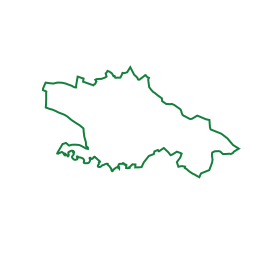 outline of Malam Madori, Jigawa, Nigeria, rotated 49°
{"feature_id": "59680162B52658055469559", "entity_name": "Malam Madori", "entity_type": "district", "adm_level": 2, "iso_a3": "NGA", "parent_name": "Nigeria", "parent_adm1": "Jigawa", "projection": "orthographic", "projection_center": [9.967, 12.523], "detail": "fine", "context": "isolated", "style": "outline", "palette": "green", "viewbox_px": 256, "rotation_deg": 49, "n_neighbors": 0, "source": "geoboundaries", "source_scale": "gbopen_adm2", "svg_char_len": 5714}
<svg xmlns="http://www.w3.org/2000/svg" viewBox="0 0 256 256"><g transform="rotate(49 128 128)"><path d="M83.6,86.4L85.4,92.1L84.0,95.1L82.8,96.0L83.2,96.8L83.8,97.8L84.9,100.5L84.9,100.9L84.8,101.0L81.7,104.6L79.9,104.0L79.4,105.0L76.6,104.3L73.6,104.9L71.5,106.0L72.0,107.4L72.2,109.1L75.1,110.4L74.8,112.5L73.5,115.8L70.8,119.1L70.1,120.9L70.1,121.0L70.9,121.1L71.3,121.3L72.0,121.2L72.3,122.0L72.8,122.7L72.8,123.2L73.2,124.3L73.0,124.7L72.9,124.9L72.9,125.3L73.1,126.1L66.0,130.1L63.6,131.5L61.5,129.1L56.2,132.3L58.1,134.6L62.0,139.4L63.3,140.5L62.7,141.2L61.7,142.0L60.5,142.3L59.2,142.8L53.2,146.1L50.1,148.5L47.4,151.5L45.4,155.3L42.4,158.1L39.7,160.4L42.4,166.1L43.5,167.3L46.9,165.7L48.0,166.9L49.1,167.8L50.4,169.0L51.9,170.2L53.5,171.7L55.8,173.8L58.6,176.6L60.7,175.4L62.8,174.3L64.3,173.1L67.8,171.4L70.2,170.5L76.1,167.4L79.3,166.3L83.8,165.6L85.3,165.3L87.9,164.6L92.0,163.4L94.2,162.7L99.1,161.9L101.9,164.0L106.1,166.8L111.1,169.1L113.9,171.3L114.8,171.3L116.2,171.1L116.8,171.3L117.5,172.0L115.7,173.2L110.1,175.3L108.5,176.2L107.7,177.1L106.1,178.6L103.8,181.4L102.6,184.0L98.6,184.6L97.2,187.9L100.3,197.1L100.8,198.1L101.3,197.8L101.7,197.3L101.6,196.9L101.7,196.5L102.0,195.9L102.2,195.2L102.4,194.4L102.5,194.0L102.7,193.6L103.3,193.5L103.7,193.3L104.2,193.2L105.0,193.5L105.8,193.6L106.8,193.7L107.3,193.5L107.2,193.2L106.8,193.2L106.8,192.9L106.4,192.6L106.2,192.6L106.1,193.1L105.7,193.0L105.7,192.5L106.3,192.2L107.1,192.2L108.3,192.1L109.2,192.0L110.0,191.9L110.0,191.2L109.7,190.8L109.1,190.1L108.6,190.0L108.1,189.7L107.7,189.5L107.3,189.0L107.2,188.5L107.3,187.9L107.6,187.6L107.6,187.2L107.6,186.7L107.8,186.3L108.0,185.7L108.4,185.1L109.0,184.7L109.6,184.3L110.6,184.5L110.4,185.4L110.8,185.6L111.5,185.4L112.0,185.9L112.5,187.0L112.6,188.0L113.0,189.1L113.5,189.5L114.0,189.6L114.4,189.6L114.7,189.6L115.0,189.6L116.0,189.6L116.3,189.5L116.6,189.3L117.4,188.7L117.6,188.3L117.8,187.9L118.0,187.6L118.1,187.3L118.2,187.0L118.2,186.8L118.1,186.6L118.0,186.4L117.8,186.3L117.4,185.9L117.1,185.8L116.8,185.7L116.6,185.7L116.3,185.6L116.1,185.4L116.0,185.2L116.1,184.9L116.6,184.6L116.8,184.6L117.0,184.7L117.4,184.7L117.6,184.6L117.8,184.6L118.0,184.4L118.2,184.1L118.4,183.9L118.5,183.7L119.0,183.3L119.3,183.1L119.6,182.9L119.9,182.8L120.3,182.6L120.7,182.3L121.1,182.2L121.5,182.0L121.9,182.0L122.3,182.0L122.6,182.0L123.0,182.1L123.6,182.3L123.8,182.4L123.9,182.6L124.0,182.8L124.5,183.5L125.0,184.0L125.4,184.1L126.1,183.7L126.5,183.4L126.6,183.2L127.0,182.8L127.4,182.4L127.8,181.9L128.2,181.1L128.5,180.4L128.5,180.1L128.4,179.8L128.3,179.4L128.2,179.2L127.9,178.4L127.7,178.0L127.4,177.7L127.0,177.4L126.8,177.2L126.4,177.1L126.0,177.1L125.7,176.9L125.4,176.6L125.4,176.4L125.6,176.2L125.9,175.9L126.0,175.9L126.3,176.1L126.6,176.0L126.9,176.0L127.3,175.9L127.4,175.7L127.7,175.5L127.9,174.8L127.9,174.5L127.8,174.0L127.7,173.8L127.6,173.5L127.5,173.2L127.5,172.8L127.6,172.6L127.7,172.3L127.8,172.0L128.1,171.9L128.5,172.0L129.1,172.1L129.4,171.9L129.8,171.7L130.2,171.7L130.5,171.7L131.5,171.6L133.7,171.3L134.4,171.2L134.9,171.1L135.1,171.2L135.2,171.5L135.0,171.9L134.9,172.6L135.1,172.9L135.4,173.1L135.7,173.3L136.0,173.5L136.3,173.9L136.3,174.3L136.3,174.6L136.6,175.3L136.9,175.7L137.3,176.0L137.6,175.8L138.2,175.6L138.6,175.3L138.9,174.8L139.2,174.2L139.3,173.5L139.3,172.2L139.4,171.6L139.7,171.0L139.9,170.4L140.1,170.0L140.2,169.3L140.4,168.7L140.6,168.3L140.8,167.9L141.0,167.5L141.2,167.3L141.5,167.0L141.8,166.8L142.0,166.8L142.3,167.1L142.5,167.2L142.9,167.4L143.5,167.3L144.4,167.1L144.8,167.1L145.6,167.2L145.9,167.3L146.4,167.3L146.6,167.3L146.8,167.3L147.1,167.4L147.3,167.4L147.5,167.3L148.0,167.5L148.7,168.0L149.1,168.1L149.5,168.3L149.9,168.3L150.2,168.3L150.3,168.0L150.4,167.6L150.3,167.3L150.1,167.0L149.9,166.3L149.8,166.1L150.0,165.8L150.0,164.8L150.0,163.2L150.1,162.7L150.7,161.9L150.9,161.8L151.2,161.6L151.9,161.5L152.6,161.3L152.8,161.3L152.6,161.1L152.5,160.9L152.4,160.8L151.6,160.4L151.3,160.6L151.0,160.9L150.6,161.2L149.8,159.4L149.4,158.1L151.4,155.7L151.2,155.5L151.1,155.1L151.5,154.8L151.5,154.7L152.0,154.6L152.4,154.6L152.6,154.4L152.8,154.4L152.8,154.2L153.0,154.2L153.5,154.6L153.8,154.3L153.8,154.2L154.1,153.9L154.4,153.6L154.5,153.5L154.7,153.4L155.1,153.7L156.0,154.6L155.9,154.7L156.1,154.8L156.7,155.5L157.0,155.7L158.0,154.8L158.1,154.7L158.9,153.5L158.5,153.0L158.6,152.9L158.9,152.6L158.5,152.4L158.5,151.9L158.5,151.0L158.4,149.3L158.3,148.5L158.6,148.2L158.9,147.9L159.2,147.7L159.4,147.4L159.6,147.3L159.7,147.2L159.8,147.0L159.9,146.9L160.0,146.7L160.4,146.3L162.5,148.4L165.1,145.2L165.7,144.4L165.9,144.2L166.4,143.4L164.3,138.6L162.8,130.6L164.6,125.6L163.0,123.4L164.2,119.9L165.1,120.1L165.7,120.1L165.9,120.0L166.6,114.1L172.8,113.5L176.4,113.7L177.2,111.7L177.9,106.7L180.9,105.0L182.5,104.3L184.6,107.9L185.8,113.5L190.3,115.4L191.7,112.9L192.7,111.8L194.6,110.3L195.4,111.4L197.3,110.7L200.7,110.3L204.8,109.2L207.5,108.0L209.0,107.6L210.4,107.0L211.9,106.5L211.5,105.4L211.0,104.5L210.2,102.8L210.9,100.5L213.1,94.3L209.4,87.4L207.3,84.9L203.8,82.7L201.8,80.6L202.5,77.8L204.8,74.9L206.3,73.8L209.8,73.5L211.5,71.6L214.0,68.3L215.1,67.4L215.7,65.4L215.3,63.7L215.9,60.2L216.3,57.9L209.7,59.9L201.0,59.8L193.6,61.3L183.2,66.6L181.1,65.6L175.4,61.3L172.6,63.4L164.1,67.6L163.0,73.7L161.9,75.3L154.2,78.3L151.1,77.3L150.2,76.7L148.3,76.2L141.3,77.9L138.6,79.1L137.9,80.3L134.9,83.4L130.2,84.6L127.8,83.0L123.2,84.1L119.6,84.7L116.9,85.4L113.6,85.4L111.0,85.2L110.1,84.5L108.3,83.4L104.7,81.0L103.9,79.3L103.3,79.6L102.6,79.9L101.2,80.2L100.4,79.9L99.4,80.3L99.3,83.7L99.1,86.6L99.0,87.7L98.3,88.5L97.5,88.5L96.3,88.0L94.1,88.1L91.9,88.4L83.6,86.4Z" fill="none" stroke="#15803d" stroke-width="2"/></g></svg>